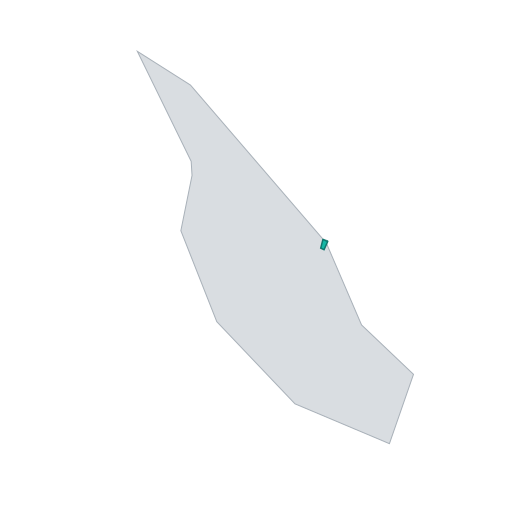 Ngermelech, Melekeok, Palau (highlighted), rotated 311°
{"feature_id": "81905179B18672892914333", "entity_name": "Ngermelech", "entity_type": "district", "adm_level": 2, "iso_a3": "PLW", "parent_name": "Palau", "parent_adm1": "Melekeok", "projection": "robinson", "projection_center": [134.633, 7.502], "detail": "fine", "context": "in_parent", "style": "filled", "palette": "teal", "viewbox_px": 512, "rotation_deg": 311, "n_neighbors": 0, "source": "geoboundaries", "source_scale": "gbopen_adm2", "svg_char_len": 699}
<svg xmlns="http://www.w3.org/2000/svg" viewBox="0 0 512 512"><g transform="rotate(311 256 256)"><path d="M270.0,452.5L201.9,479.8L170.0,382.4L180.7,269.5L225.8,182.7L274.8,154.9L284.9,145.0L332.6,32.2L342.0,94.4L311.9,300.6L273.2,380.9L270.0,452.5Z" fill="#d9dde1" stroke="#a8b0b8" stroke-width="1"/><path d="M304.4,299.7L305.4,303.2L314.0,300.6L314.1,300.4L313.8,300.0L313.9,299.9L313.7,299.8L313.7,299.6L313.6,299.3L313.6,299.2L313.5,298.9L313.5,298.6L313.4,298.5L313.5,298.4L313.4,298.3L313.4,298.2L313.2,297.7L313.1,297.4L313.0,297.2L312.9,296.9L312.8,296.5L312.7,296.4L312.7,296.2L312.5,295.8L312.4,295.8L312.3,295.7L304.4,299.7Z" fill="#14b8a6" stroke="#0f766e" stroke-width="1.5"/></g></svg>